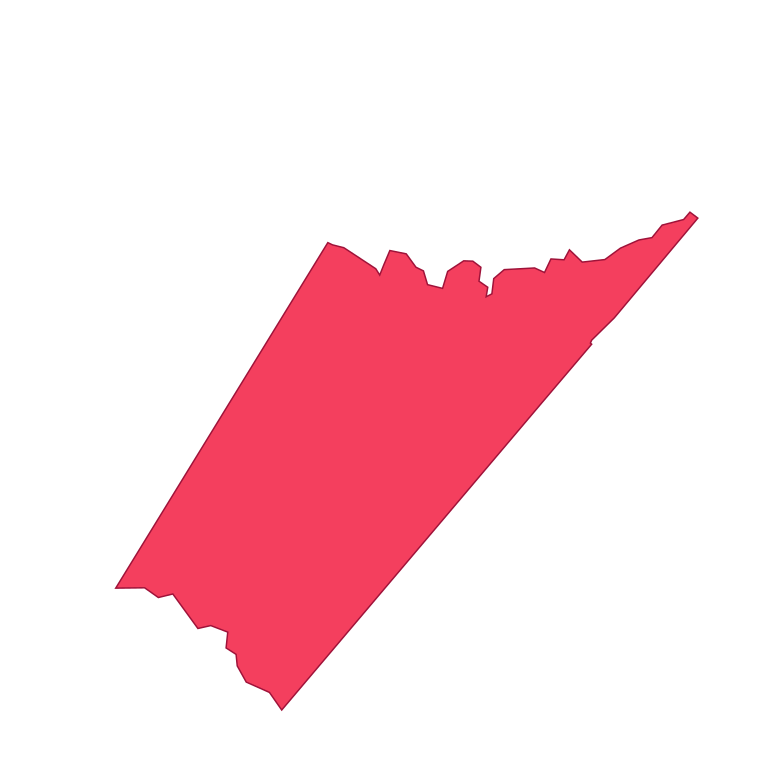 the district of Henderson, Texas, United States of America, rotated 130°
{"feature_id": "52423323B59303088288262", "entity_name": "Henderson", "entity_type": "district", "adm_level": 2, "iso_a3": "USA", "parent_name": "United States of America", "parent_adm1": "Texas", "projection": "mercator", "projection_center": [-96.032, 32.182], "detail": "fine", "context": "isolated", "style": "filled", "palette": "rose", "viewbox_px": 768, "rotation_deg": 130, "n_neighbors": 0, "source": "geoboundaries", "source_scale": "gbopen_adm2", "svg_char_len": 825}
<svg xmlns="http://www.w3.org/2000/svg" viewBox="0 0 768 768"><g transform="rotate(130 384 384)"><path d="M55.2,250.2L55.7,260.1L65.4,260.2L83.5,273.1L99.6,272.8L109.8,281.3L127.9,290.2L146.7,294.8L163.2,310.5L162.0,328.2L173.1,325.9L180.9,336.5L195.4,332.7L198.3,343.2L219.1,365.4L232.7,367.7L245.6,359.3L251.5,361.8L243.2,366.7L244.2,377.3L232.3,384.8L232.8,394.9L238.4,402.1L256.8,407.6L273.1,400.6L279.9,414.5L272.0,426.5L274.0,434.6L270.0,450.6L278.0,465.3L293.3,460.6L303.3,457.3L301.0,464.4L305.4,502.3L310.5,512.9L311.8,517.9L712.8,458.3L694.0,436.4L692.6,419.6L680.6,410.8L690.9,369.4L680.4,361.4L674.5,344.2L687.7,335.3L686.2,323.5L694.3,315.2L700.9,297.9L693.9,273.5L699.5,252.8L296.9,251.0L220.0,250.5L220.0,252.2L216.9,253.1L185.3,250.1L55.2,250.2Z" fill="#f43f5e" stroke="#9f1239" stroke-width="1.5"/></g></svg>